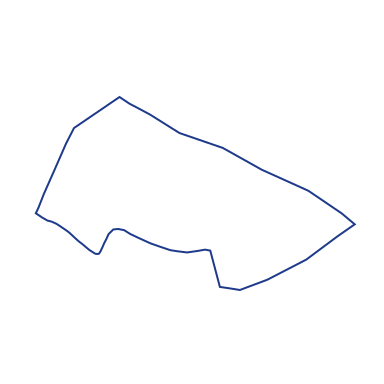 outline of Marisule/Top Of The World/Belle Ville, Gros Islet, Saint Lucia, rotated 353°
{"feature_id": "8701671B20786089058501", "entity_name": "Marisule/Top Of The World/Belle Ville", "entity_type": "district", "adm_level": 2, "iso_a3": "LCA", "parent_name": "Saint Lucia", "parent_adm1": "Gros Islet", "projection": "equal_earth", "projection_center": [-60.967, 14.044], "detail": "fine", "context": "isolated", "style": "outline", "palette": "blue", "viewbox_px": 384, "rotation_deg": 353, "n_neighbors": 0, "source": "geoboundaries", "source_scale": "gbopen_adm2", "svg_char_len": 833}
<svg xmlns="http://www.w3.org/2000/svg" viewBox="0 0 384 384"><g transform="rotate(353 192 192)"><path d="M131.6,88.9L82.7,114.1L73.0,128.4L57.4,154.7L44.6,176.1L37.8,188.7L34.4,194.1L40.1,199.0L45.0,202.7L49.1,204.3L53.8,207.2L58.0,210.8L61.8,214.1L64.7,216.8L67.2,219.7L70.7,223.9L73.9,227.5L76.6,230.1L80.3,234.1L82.9,236.9L86.5,239.9L88.5,241.5L90.6,242.0L92.1,241.9L94.0,239.7L96.5,235.7L98.8,231.8L101.3,228.2L104.0,223.7L109.3,219.6L114.2,219.7L120.0,221.6L125.4,226.0L132.6,230.6L144.5,237.9L153.6,242.4L163.4,247.1L170.5,249.1L179.7,251.4L190.2,251.2L197.9,250.8L203.0,252.4L208.1,289.6L219.7,292.8L227.6,295.1L256.2,288.2L297.2,273.0L330.9,253.8L349.6,243.9L346.2,240.3L338.1,231.6L307.7,205.0L264.1,178.5L227.9,152.0L186.8,132.0L159.6,109.9L140.7,96.7L131.6,88.9Z" fill="none" stroke="#1e3a8a" stroke-width="2"/></g></svg>